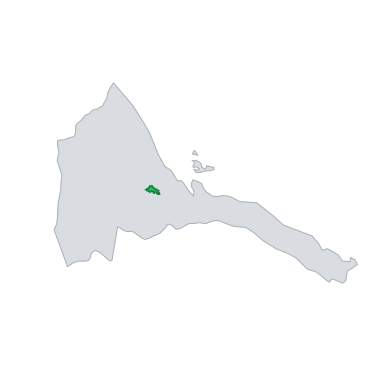 location of Serejeka, Maekel, Eritrea, rotated 346°
{"feature_id": "51966322B5616132358630", "entity_name": "Serejeka", "entity_type": "district", "adm_level": 2, "iso_a3": "ERI", "parent_name": "Eritrea", "parent_adm1": "Maekel", "projection": "mercator", "projection_center": [38.887, 15.455], "detail": "fine", "context": "in_parent", "style": "filled", "palette": "green", "viewbox_px": 384, "rotation_deg": 346, "n_neighbors": 0, "source": "geoboundaries", "source_scale": "gbopen_adm2", "svg_char_len": 4906}
<svg xmlns="http://www.w3.org/2000/svg" viewBox="0 0 384 384"><g transform="rotate(346 192 192)"><path d="M53.1,234.1L51.8,221.4L50.9,212.9L49.9,203.9L49.0,195.4L53.0,190.2L54.9,185.2L59.8,169.1L61.7,165.9L65.5,157.2L66.0,154.7L69.8,143.7L69.4,136.4L68.7,129.1L70.7,124.7L72.6,121.2L72.4,118.3L73.3,111.4L73.9,109.7L76.1,109.6L80.7,110.5L84.1,109.8L88.0,109.8L91.1,109.6L92.8,107.5L95.3,99.4L96.9,97.8L98.1,97.3L101.6,95.8L104.5,93.5L106.9,91.8L107.8,91.5L110.4,91.3L112.9,90.3L114.1,89.1L117.3,88.2L120.5,88.7L122.6,87.8L124.0,87.1L125.6,87.1L127.1,86.1L127.7,84.7L128.6,83.8L131.1,81.7L132.2,80.2L132.7,78.7L133.2,77.4L134.3,75.4L138.6,70.2L142.3,67.2L155.2,93.2L160.5,108.5L165.1,124.4L168.5,148.3L171.8,160.4L177.1,166.4L180.7,177.7L183.8,178.1L186.0,181.2L189.8,191.8L192.6,195.8L194.0,192.4L193.9,190.4L192.8,187.2L193.8,183.0L195.9,180.4L200.8,183.9L203.5,186.5L204.2,191.7L205.4,194.6L210.5,200.7L214.8,202.4L220.4,202.9L225.1,204.2L228.9,206.5L235.9,212.7L252.1,218.1L265.0,234.7L272.7,246.2L297.8,263.6L302.1,271.9L304.4,280.1L309.6,279.7L318.7,288.6L321.3,295.4L328.7,297.8L330.0,293.8L333.6,297.1L335.0,302.2L330.3,304.2L325.0,306.0L324.3,306.0L322.6,308.3L320.1,314.7L317.4,316.6L315.9,316.8L307.8,310.7L306.5,310.4L304.8,311.6L303.5,312.8L299.7,308.3L296.9,304.2L293.0,299.5L289.3,297.3L285.2,294.6L281.3,288.3L277.2,281.4L271.2,275.7L260.0,267.5L249.8,257.1L241.9,246.2L236.8,240.5L234.7,239.1L224.2,235.5L216.9,230.5L211.2,226.4L207.8,225.3L204.4,225.2L197.3,226.0L191.3,223.4L188.8,223.4L184.9,222.7L181.7,221.8L178.1,222.9L170.6,224.7L167.5,224.3L165.8,221.7L164.8,219.8L162.2,217.7L160.0,217.7L158.8,219.6L151.0,224.2L137.8,226.7L134.7,226.5L132.4,224.7L125.7,216.8L123.8,215.5L122.3,215.4L119.2,214.4L116.4,212.9L113.8,209.7L111.3,207.8L108.6,214.2L103.8,225.3L101.2,231.2L97.9,238.9L96.9,239.1L95.2,238.6L88.6,229.0L84.5,225.4L81.4,225.8L79.2,227.5L77.7,230.7L76.2,232.7L74.5,233.5L70.9,233.1L65.4,231.6L59.8,231.9L53.9,234.1L53.1,234.1ZM207.8,170.4L209.6,172.8L210.8,172.5L211.8,171.8L212.5,170.1L219.2,173.4L218.8,175.6L214.8,175.7L210.1,174.8L205.8,175.1L200.7,174.1L199.5,170.4L202.8,172.2L204.5,171.8L204.8,171.3L202.5,168.8L199.2,168.3L199.4,166.3L200.9,165.5L201.8,164.5L199.9,161.8L203.6,162.4L205.9,164.1L207.4,166.0L207.8,170.4ZM205.0,153.2L206.5,157.5L202.3,155.9L201.6,155.0L203.4,153.3L203.8,152.3L205.0,153.2Z" fill="#d9dde1" stroke="#a8b0b8" stroke-width="1"/><path d="M147.9,178.5L147.7,178.5L147.8,178.7L147.8,178.8L147.9,179.0L148.0,179.0L148.0,179.3L148.2,179.5L148.3,179.7L148.6,179.7L148.8,179.6L149.0,179.7L149.0,179.8L149.3,180.0L149.5,180.0L149.7,180.5L149.8,180.6L150.0,180.7L150.3,180.8L150.2,181.0L150.3,181.0L150.5,181.1L150.8,181.1L150.9,181.3L150.9,181.5L151.0,181.6L151.2,181.8L151.3,182.0L151.4,181.9L151.5,181.9L151.7,182.0L151.8,182.0L152.0,181.9L152.1,181.7L152.4,181.5L152.6,181.4L152.8,181.4L153.1,181.2L153.2,181.3L153.3,181.3L153.3,181.2L153.5,181.2L153.6,181.3L153.7,181.5L153.8,181.7L153.8,181.8L154.0,181.8L154.2,182.0L154.3,182.0L154.5,182.1L154.6,182.3L154.5,182.5L154.4,182.7L154.4,182.8L154.4,183.0L154.3,183.3L154.4,183.5L154.5,183.7L154.5,183.8L154.7,184.1L154.9,184.2L155.0,184.1L155.3,183.7L155.5,183.5L155.6,183.4L155.8,183.2L156.0,183.0L156.2,182.9L156.3,182.9L156.5,182.9L156.8,182.9L157.1,183.0L157.3,183.5L157.3,183.8L157.4,184.0L157.4,184.5L157.5,184.8L157.6,185.0L157.9,185.4L158.0,185.4L158.1,185.6L158.1,185.8L158.3,185.8L158.2,185.7L158.3,185.7L158.5,185.5L158.5,185.4L158.6,185.5L158.7,185.8L158.8,185.9L159.0,185.9L159.2,186.0L159.3,186.0L159.4,185.9L159.5,185.9L159.6,186.0L159.8,186.1L159.7,186.2L159.7,186.3L159.8,186.3L159.8,186.2L160.0,186.2L160.1,185.8L160.0,185.7L159.9,185.6L160.0,185.4L159.9,185.2L159.7,185.2L159.6,185.3L159.4,185.2L159.5,184.9L159.7,184.7L159.4,184.6L159.5,184.1L159.5,183.9L159.4,183.7L159.5,183.4L159.6,183.1L159.8,182.9L159.8,182.7L160.0,182.6L159.9,182.5L159.8,182.3L159.6,182.1L159.2,181.9L158.9,181.6L158.7,181.4L158.5,181.1L158.4,180.9L158.3,181.0L158.2,181.0L157.8,181.1L157.7,181.1L157.3,180.9L157.2,180.7L156.9,180.3L156.7,180.3L156.5,180.2L156.3,180.1L156.1,179.8L156.2,179.7L156.3,179.6L156.4,179.4L156.2,179.4L155.8,179.0L155.7,178.8L155.7,178.7L155.5,178.4L155.4,178.3L155.4,178.0L155.3,177.9L155.2,177.7L155.1,177.4L155.1,177.2L155.0,176.9L155.1,176.7L154.8,176.5L154.7,176.5L154.5,176.3L154.4,176.1L154.2,176.1L153.8,176.3L153.7,176.5L153.3,176.8L153.2,176.8L153.0,176.7L152.9,176.6L152.7,176.5L152.6,176.3L152.6,176.2L152.4,175.9L152.3,176.0L152.2,176.0L152.1,176.3L152.0,176.5L152.0,176.8L152.0,177.0L152.0,177.4L151.9,177.5L151.7,177.7L151.6,177.8L151.2,177.7L150.9,177.7L150.7,177.6L150.6,177.8L150.2,177.9L150.2,178.0L150.1,177.9L149.9,177.9L149.9,178.0L149.7,177.9L149.6,178.0L149.5,178.3L149.4,178.4L149.2,178.4L149.2,178.5L149.1,178.8L148.9,178.8L148.7,178.8L148.6,178.7L148.4,178.5L148.2,178.7L147.9,178.5Z" fill="#22c55e" stroke="#15803d" stroke-width="1.5"/></g></svg>